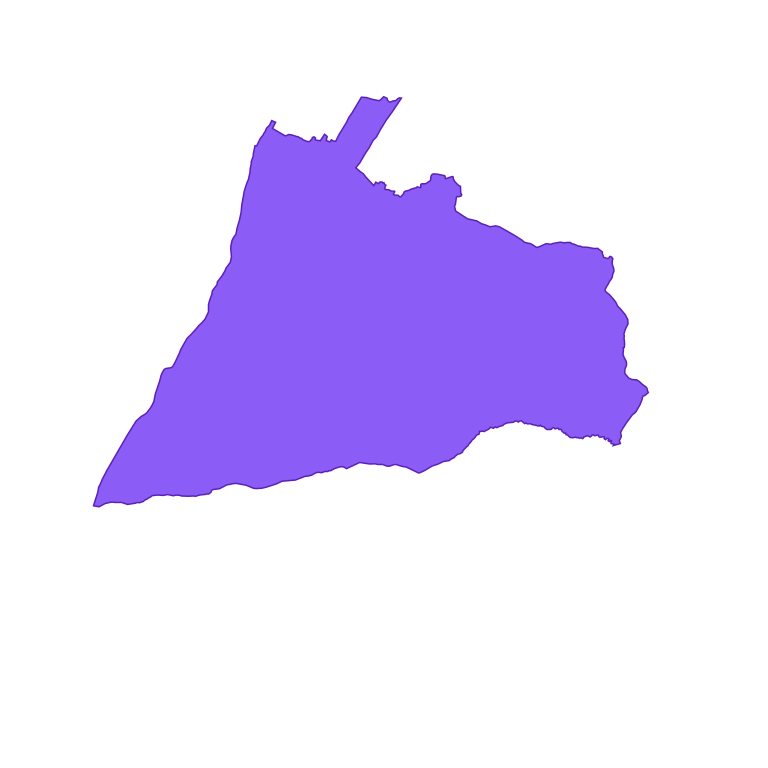 the district of Lapos, Buzau, Romania, rotated 211°
{"feature_id": "2599482B27443512706553", "entity_name": "Lapos", "entity_type": "district", "adm_level": 2, "iso_a3": "ROU", "parent_name": "Romania", "parent_adm1": "Buzau", "projection": "orthographic", "projection_center": [26.415, 45.162], "detail": "fine", "context": "isolated", "style": "filled", "palette": "violet", "viewbox_px": 768, "rotation_deg": 211, "n_neighbors": 0, "source": "geoboundaries", "source_scale": "gbopen_adm2", "svg_char_len": 6159}
<svg xmlns="http://www.w3.org/2000/svg" viewBox="0 0 768 768"><g transform="rotate(211 384 384)"><path d="M516.3,638.0L518.2,637.2L519.3,635.3L519.6,633.4L522.4,630.9L524.1,628.6L524.6,628.4L527.1,629.1L528.6,630.5L532.2,630.1L533.5,625.3L534.4,624.2L540.9,621.9L546.6,620.5L551.1,618.2L551.0,600.1L551.4,594.5L550.9,588.8L551.0,574.0L550.4,567.2L552.5,566.2L553.8,566.0L554.7,566.4L554.9,566.2L555.0,564.0L555.5,563.6L558.6,562.9L558.8,563.5L559.3,563.6L560.0,566.7L561.2,567.2L563.6,567.4L563.9,559.7L567.8,558.1L569.0,558.0L569.4,559.6L571.3,559.8L572.4,558.4L571.8,556.5L572.4,555.4L572.6,553.7L573.0,553.2L575.1,552.2L579.6,551.6L581.0,552.1L582.9,551.6L585.0,551.8L586.2,551.2L591.3,550.0L594.0,548.9L596.1,546.1L597.0,545.8L611.2,545.6L611.7,552.5L615.9,552.0L615.4,547.0L616.3,543.3L616.3,541.2L615.9,539.4L616.1,537.0L615.9,535.2L616.5,531.0L615.8,522.6L617.3,521.7L614.5,513.9L613.5,512.1L612.3,506.2L611.2,504.4L609.6,499.7L607.9,496.4L605.5,489.3L605.2,486.2L603.3,477.9L598.1,464.2L594.8,457.3L592.4,450.3L590.1,441.5L588.1,436.3L588.4,431.5L588.2,428.9L586.5,423.8L585.2,421.3L580.3,414.5L578.4,409.1L579.1,402.0L578.6,399.0L578.6,393.1L579.4,385.6L578.3,383.1L579.1,376.2L578.8,374.6L577.7,372.0L576.7,366.4L575.4,361.8L571.6,355.4L570.8,347.6L571.7,342.5L572.9,338.5L573.3,335.2L574.9,327.1L576.1,322.6L576.3,321.1L576.0,309.1L575.2,304.5L574.2,294.2L574.1,290.4L574.5,289.0L575.1,288.1L578.6,285.3L579.5,284.1L580.0,282.7L579.8,278.2L579.5,276.6L577.8,270.9L574.9,257.7L572.4,250.8L571.9,247.1L571.9,242.6L572.5,237.3L573.2,235.2L575.5,230.9L577.4,224.6L577.7,207.8L577.0,167.0L576.4,157.1L575.6,151.9L575.5,148.7L573.6,143.9L570.3,130.0L565.0,132.0L561.4,138.0L556.5,142.7L553.4,144.0L547.9,147.3L541.8,148.7L535.8,153.7L534.6,155.2L532.3,156.4L529.9,159.3L528.9,162.0L528.0,163.0L527.2,164.9L525.9,166.9L525.2,168.9L520.9,172.2L516.0,174.7L512.5,177.8L507.6,179.5L506.6,180.0L505.4,181.4L502.5,183.1L499.7,183.8L493.8,187.1L489.1,190.2L488.0,190.4L484.7,194.0L480.3,197.3L479.0,198.7L477.7,199.3L476.6,201.8L476.9,204.2L476.5,205.2L471.1,209.5L466.8,216.5L461.4,221.4L459.2,222.8L450.1,226.2L441.8,227.5L439.4,228.7L435.1,231.7L432.1,234.6L426.4,241.1L424.5,243.3L421.4,248.1L410.4,256.1L404.1,264.3L402.2,265.5L399.1,268.5L396.6,273.0L394.7,274.6L391.8,275.8L389.5,278.7L387.1,280.0L386.5,281.4L385.1,282.1L382.7,286.2L379.6,289.8L377.4,291.5L375.7,292.2L372.6,292.1L364.4,304.2L355.0,308.1L350.5,311.0L347.8,311.9L343.5,314.4L339.5,315.0L337.8,315.8L336.6,316.8L334.0,320.0L332.0,321.3L326.0,322.7L322.1,324.3L308.7,325.5L307.6,326.3L304.5,330.9L300.6,338.3L296.1,343.6L293.3,348.0L288.6,352.0L287.6,354.8L287.1,355.1L285.9,357.3L285.7,359.1L285.0,360.5L284.8,361.7L283.1,363.2L281.6,365.9L281.9,367.3L281.8,368.5L280.9,372.5L280.2,374.2L280.3,376.4L279.7,378.7L279.6,381.3L278.6,383.9L278.3,387.9L276.7,389.9L277.7,392.7L276.6,393.1L275.1,394.5L273.5,394.9L273.2,395.7L270.8,399.6L270.5,401.7L267.5,402.4L267.1,402.9L267.1,403.8L266.5,404.6L265.4,404.5L264.5,405.0L263.1,407.3L260.8,409.5L260.5,411.1L258.4,414.1L253.4,417.8L252.7,419.5L252.1,420.0L250.9,420.6L249.3,420.5L248.9,421.7L247.4,423.2L243.0,422.5L242.2,423.6L240.4,423.7L238.1,425.3L235.8,425.6L232.4,426.9L230.5,427.3L229.3,427.9L228.7,429.3L227.5,428.8L224.4,429.7L223.0,429.0L220.7,429.0L217.5,431.0L217.2,431.5L217.0,433.1L216.6,433.6L215.7,434.0L214.3,433.6L212.2,435.8L210.6,435.1L209.3,436.2L208.7,436.2L207.1,435.2L204.2,434.6L202.9,435.5L201.9,434.3L200.4,434.8L196.9,434.0L194.1,435.4L192.8,436.9L191.2,437.2L190.4,437.9L188.9,438.1L187.1,439.4L185.7,439.4L185.3,440.1L185.4,441.5L182.9,444.5L180.1,444.7L179.7,445.2L179.2,447.6L178.8,448.0L176.6,448.2L174.4,450.5L172.1,449.4L170.2,450.5L168.8,451.9L168.1,452.2L167.6,451.8L167.3,450.6L165.5,450.3L165.0,451.8L164.3,452.6L163.4,452.8L162.8,452.3L162.9,451.2L162.5,450.7L161.1,450.8L160.8,451.2L160.7,452.4L160.1,452.6L159.5,452.1L159.2,450.5L158.8,450.0L155.7,450.8L155.7,449.4L150.7,454.7L153.1,456.7L153.4,460.7L154.3,462.3L156.1,463.9L156.5,468.0L156.2,475.7L155.2,485.8L154.0,488.5L154.2,489.2L153.7,490.0L153.9,498.3L154.6,502.5L155.8,506.8L155.6,507.4L154.5,508.4L153.0,512.8L154.4,513.7L156.4,515.8L158.3,516.4L162.1,516.7L167.0,517.7L169.6,517.7L173.7,515.6L177.3,515.1L182.4,516.9L183.3,517.5L184.7,519.8L185.3,521.6L185.6,524.4L186.7,526.6L188.1,528.2L192.4,530.8L194.9,533.2L195.2,534.3L197.1,538.0L197.6,538.2L196.9,539.1L197.7,541.0L199.4,543.8L202.0,547.1L202.7,548.9L204.0,550.2L205.3,555.0L205.8,561.3L208.3,564.8L213.0,567.7L220.9,570.4L223.6,571.0L227.5,573.5L231.0,574.9L237.2,576.8L241.1,577.2L242.8,578.3L243.3,579.4L243.3,585.9L243.5,587.1L243.2,592.6L244.5,596.0L244.9,599.0L246.6,601.3L250.3,604.5L252.0,607.8L252.3,609.2L253.0,609.1L253.9,610.1L255.8,609.9L256.2,609.3L256.2,607.9L256.6,606.9L260.8,605.7L264.0,608.3L264.9,609.7L270.7,610.3L273.8,608.3L280.0,606.0L285.0,603.3L286.6,603.3L288.6,602.3L293.5,601.7L295.0,601.0L297.1,601.3L300.6,599.2L302.1,597.9L305.9,596.4L312.0,591.1L312.7,589.8L317.2,587.9L321.4,581.9L323.4,579.7L330.1,579.9L336.5,577.8L340.0,578.4L349.7,578.6L366.1,578.2L369.7,577.1L373.7,573.7L374.9,573.2L379.1,572.6L383.0,571.6L388.5,571.6L397.5,568.6L411.7,569.2L415.0,572.6L415.4,575.0L418.1,581.3L417.9,582.4L416.3,583.0L414.8,584.9L414.6,585.3L414.9,586.2L416.6,587.3L420.2,592.8L422.8,592.7L427.4,593.9L430.3,595.6L431.4,597.1L432.0,597.2L433.4,595.9L436.7,591.9L437.5,591.9L438.5,593.4L439.4,593.8L446.5,591.3L449.9,589.5L450.6,588.6L450.8,587.4L450.7,586.2L449.1,582.8L449.1,582.2L451.0,577.9L451.7,577.0L455.0,574.8L455.2,574.1L455.0,573.4L453.9,571.9L453.8,571.2L457.0,570.1L457.8,568.5L460.9,565.3L462.4,562.9L465.1,560.2L465.7,558.8L465.2,557.6L466.1,552.9L466.8,552.6L469.2,553.0L472.1,551.5L473.1,551.4L473.8,551.8L473.8,554.4L474.4,554.7L477.0,553.1L479.9,553.0L482.5,551.7L483.8,551.6L484.5,553.2L484.8,555.4L485.8,555.3L487.8,556.5L488.6,555.7L489.3,556.1L489.9,556.0L491.5,555.1L492.0,552.9L495.0,552.8L494.9,548.9L495.3,548.9L506.3,552.1L510.1,553.6L512.9,553.7L519.6,554.8L518.6,561.0L518.8,571.9L518.4,578.6L518.8,587.3L517.7,591.8L518.1,600.6L518.0,611.2L517.1,621.4L516.3,638.0Z" fill="#8b5cf6" stroke="#5b21b6" stroke-width="1.5"/></g></svg>